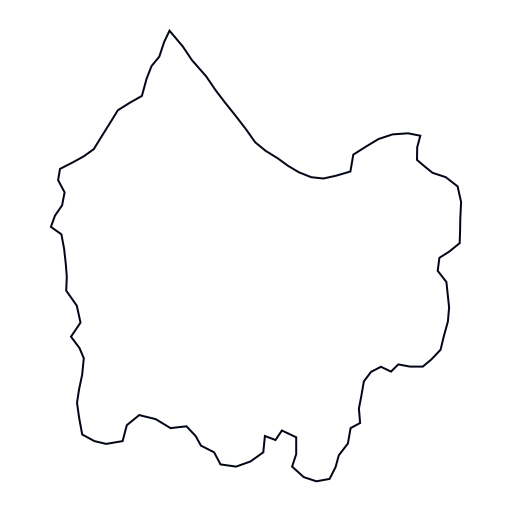 the district of Santo Antônio do Rio Abaixo, Minas Gerais, Brazil
{"feature_id": "56859067B70415979137862", "entity_name": "Santo Antônio do Rio Abaixo", "entity_type": "district", "adm_level": 2, "iso_a3": "BRA", "parent_name": "Brazil", "parent_adm1": "Minas Gerais", "projection": "mercator", "projection_center": [-43.247, -19.236], "detail": "fine", "context": "isolated", "style": "outline", "palette": "ink", "viewbox_px": 512, "rotation_deg": 0, "n_neighbors": 0, "source": "geoboundaries", "source_scale": "gbopen_adm2", "svg_char_len": 1459}
<svg xmlns="http://www.w3.org/2000/svg" viewBox="0 0 512 512"><path d="M169.5,30.7L164.1,42.1L159.3,56.6L151.5,66.1L146.5,79.0L141.9,95.9L129.7,102.8L117.9,110.2L111.0,121.4L101.5,136.6L93.8,149.1L83.8,156.3L73.3,162.1L60.0,168.9L58.1,180.1L64.6,192.4L62.1,205.3L55.0,215.6L50.9,226.9L61.4,234.3L64.1,248.8L65.8,264.0L66.8,276.9L66.2,290.6L76.8,305.7L80.5,322.6L71.0,336.7L79.5,348.1L83.8,358.2L82.2,374.5L79.1,389.2L77.0,402.8L79.1,417.6L82.2,434.5L94.4,441.1L106.2,443.9L122.6,441.1L126.8,425.2L139.2,415.1L155.6,419.1L170.5,428.1L186.5,426.3L195.6,436.0L201.0,445.7L214.1,452.3L220.5,464.4L236.1,466.6L250.4,461.5L263.3,452.3L264.9,436.0L275.5,440.0L281.9,430.5L296.2,437.3L296.2,454.2L292.1,466.6L303.7,477.1L316.4,481.3L329.6,478.9L335.6,467.0L338.8,455.3L347.9,443.5L350.6,428.1L360.1,423.0L358.9,408.5L361.2,396.7L363.9,381.3L371.1,371.8L380.9,366.8L391.0,371.6L398.3,364.4L410.1,366.6L422.8,366.6L431.5,359.3L440.6,349.7L443.7,336.7L447.9,321.5L449.1,307.5L446.4,282.0L437.7,270.8L439.4,257.8L449.1,251.7L459.7,243.1L460.1,229.7L460.3,218.5L461.1,202.0L457.6,186.4L445.8,177.2L432.5,172.8L424.6,166.4L417.0,159.9L417.2,147.3L420.3,135.7L408.0,133.3L392.5,134.4L378.6,139.0L366.6,146.2L353.3,154.6L350.4,171.5L336.1,175.7L323.4,178.5L311.2,177.2L298.7,172.2L287.7,165.6L278.0,158.5L265.7,150.9L255.2,142.3L246.0,129.3L235.5,115.7L224.5,101.9L215.8,90.5L206.2,76.4L191.9,60.1L182.8,46.5L169.5,30.7Z" fill="none" stroke="#020617" stroke-width="2"/></svg>